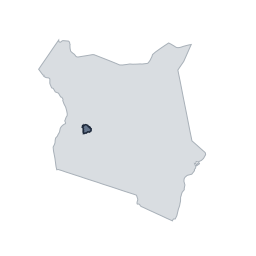 Baringo North, Rift Valley, Kenya shown in context, rotated 349°
{"feature_id": "3690345B96976797039875", "entity_name": "Baringo North", "entity_type": "district", "adm_level": 2, "iso_a3": "KEN", "parent_name": "Kenya", "parent_adm1": "Rift Valley", "projection": "mercator", "projection_center": [35.764, 0.769], "detail": "fine", "context": "in_parent", "style": "filled", "palette": "slate", "viewbox_px": 256, "rotation_deg": 349, "n_neighbors": 0, "source": "geoboundaries", "source_scale": "gbopen_adm2", "svg_char_len": 4297}
<svg xmlns="http://www.w3.org/2000/svg" viewBox="0 0 256 256"><g transform="rotate(349 128 128)"><path d="M50.1,155.4L50.0,152.1L50.5,143.6L50.5,136.2L50.9,132.4L52.7,130.1L53.6,128.4L54.2,126.0L55.1,124.0L57.3,122.4L57.7,121.6L60.0,118.9L61.4,115.5L62.4,114.3L63.7,113.3L64.7,112.7L66.2,112.1L67.4,111.8L67.6,111.5L67.7,111.0L67.3,108.9L67.8,108.2L68.6,106.8L69.5,105.4L70.4,104.6L70.8,103.7L71.1,102.3L71.1,101.2L71.1,99.5L70.8,95.6L69.8,92.3L69.2,88.6L69.7,87.4L68.9,85.2L68.5,85.1L67.9,84.7L67.1,82.6L66.5,80.8L66.1,80.3L63.5,78.7L62.2,74.9L60.7,74.0L59.9,70.2L59.8,69.1L60.6,65.4L60.5,64.5L59.7,63.7L57.2,62.9L55.2,61.3L55.5,60.8L55.6,60.2L54.6,59.8L51.5,53.3L55.4,49.4L59.4,45.5L64.5,40.5L69.1,35.9L73.2,31.9L76.8,28.4L76.7,29.1L76.7,30.0L77.1,30.5L77.9,30.9L78.9,30.5L79.8,30.0L80.7,29.8L86.1,31.3L87.0,32.6L86.9,34.0L87.1,35.0L86.7,36.0L86.3,39.0L86.4,41.8L88.0,43.9L89.5,45.5L90.6,47.8L91.5,48.5L92.6,48.8L96.4,48.9L101.8,49.1L107.1,49.2L107.6,49.3L108.7,49.6L113.6,52.7L118.0,55.5L121.8,57.9L125.5,60.3L129.0,62.6L131.8,64.5L134.5,65.1L138.9,65.4L142.0,65.5L144.8,66.3L149.0,67.0L152.1,67.4L154.0,67.9L159.3,68.3L160.2,68.0L162.5,65.9L165.1,62.5L166.1,60.6L169.4,58.7L175.3,56.0L179.5,54.2L184.1,52.3L186.2,53.9L189.1,56.5L190.4,57.8L191.4,58.4L193.0,58.8L194.9,58.8L196.0,58.7L198.1,58.4L203.1,58.1L206.0,58.1L203.6,61.5L200.7,65.7L195.4,73.3L191.3,77.3L188.3,80.3L188.0,80.8L188.0,84.2L188.1,92.5L188.1,108.9L188.2,125.4L188.2,141.8L188.3,150.1L188.3,152.8L191.0,156.3L193.6,159.7L197.0,164.2L198.9,166.6L199.2,167.4L199.1,169.0L196.3,172.3L193.9,173.8L190.8,174.6L189.8,174.4L188.6,173.9L188.1,174.8L187.8,176.0L187.1,175.7L186.5,175.4L186.9,177.6L187.2,178.7L186.7,180.2L185.2,181.5L185.1,182.6L181.8,185.5L177.1,185.8L174.6,187.2L173.5,188.4L172.7,190.9L173.0,194.8L171.7,197.9L171.4,199.4L169.0,201.3L167.9,203.1L167.1,204.9L166.5,205.7L165.6,209.8L164.5,212.3L164.2,213.2L163.9,213.9L163.1,215.4L162.5,216.4L162.1,217.0L159.2,223.4L157.0,226.3L155.3,226.0L154.1,227.1L154.0,227.6L153.4,227.3L151.9,226.2L148.9,224.1L145.9,221.9L142.9,219.7L139.9,217.6L136.9,215.4L133.9,213.3L130.9,211.1L127.9,208.9L126.1,207.7L125.4,206.9L124.8,205.4L124.5,205.0L123.7,204.6L122.7,204.5L122.5,204.2L122.5,203.5L122.8,202.4L123.9,200.4L124.0,199.3L123.8,198.0L123.5,195.8L123.2,195.4L121.2,194.2L117.0,191.9L112.8,189.6L108.7,187.3L104.5,184.9L100.4,182.6L96.2,180.3L92.0,178.0L87.9,175.6L83.7,173.3L79.5,171.0L75.4,168.7L71.2,166.3L67.0,164.0L62.9,161.7L58.7,159.4L54.6,157.0L53.0,156.2L51.6,155.4L50.1,155.4ZM188.6,178.0L187.9,178.2L188.2,177.1L190.4,175.6L191.3,175.9L191.4,176.3L191.4,176.6L191.0,176.9L188.6,178.0Z" fill="#d9dde1" stroke="#a8b0b8" stroke-width="1"/><path d="M87.9,124.1L88.0,124.1L88.3,124.2L88.5,124.2L88.6,124.3L88.8,124.4L88.8,124.5L89.0,124.6L89.4,124.7L89.5,124.7L89.8,124.5L89.8,124.4L89.9,124.2L90.5,123.9L91.0,123.9L91.2,123.7L91.2,123.4L91.3,123.3L91.3,123.2L91.3,122.9L91.3,122.7L91.4,122.4L91.5,122.4L91.5,122.2L91.6,121.9L91.7,121.7L91.4,121.4L91.0,121.1L90.8,120.8L90.8,120.7L90.9,120.4L90.7,120.4L90.4,120.4L90.3,120.2L90.5,120.1L90.5,119.9L90.4,119.8L90.5,119.7L90.4,119.5L90.2,119.6L90.0,119.8L89.9,119.7L89.8,119.4L89.7,119.4L89.5,119.2L89.4,119.2L89.5,119.2L89.4,119.1L89.4,118.9L89.4,118.7L89.2,118.5L89.1,118.4L89.1,118.2L88.9,118.1L88.9,117.7L88.7,117.6L87.8,117.0L87.6,116.9L87.4,116.8L87.2,116.7L86.9,116.6L86.7,116.6L86.4,116.6L85.5,117.1L85.3,117.3L85.2,117.3L84.9,117.4L84.7,117.3L84.7,117.2L84.4,117.0L84.4,116.9L84.3,117.0L84.2,117.0L83.9,117.0L83.8,117.3L83.9,117.5L83.9,117.8L83.9,118.0L83.7,118.1L83.8,118.2L83.8,118.3L83.7,118.4L83.8,118.4L83.7,118.5L83.7,118.8L83.7,119.0L83.8,119.2L83.9,119.3L84.0,119.4L84.0,119.5L84.1,119.8L84.0,120.0L83.9,120.0L83.9,120.3L84.0,120.4L83.9,120.5L83.8,120.8L83.8,121.0L83.7,121.1L83.7,121.3L83.6,121.5L83.8,121.6L83.8,121.8L83.9,122.0L83.9,122.3L83.7,122.4L83.7,122.5L83.4,122.7L83.3,122.8L83.3,123.0L83.4,123.3L83.2,123.5L83.2,123.8L83.2,124.0L83.3,124.1L83.5,124.3L83.5,124.5L83.4,124.7L83.4,124.8L83.3,125.0L84.0,125.1L84.3,125.0L84.4,124.9L84.5,124.8L84.8,124.8L85.0,124.8L85.3,124.9L85.5,124.8L85.8,125.0L86.0,125.0L86.0,124.9L86.3,124.7L86.5,124.7L86.8,124.6L87.1,124.5L87.2,124.4L87.3,124.3L87.4,124.2L87.5,124.1L87.8,124.1L87.9,124.1Z" fill="#64748b" stroke="#1e293b" stroke-width="1.5"/></g></svg>